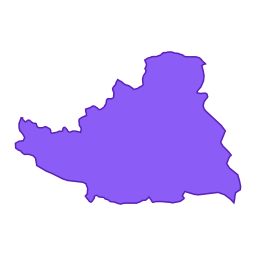 Južno-Backi, Albers equal-area conic projection
{"feature_id": "SRB-1059", "entity_name": "Južno-Backi", "entity_type": "District", "adm_level": 1, "iso_a3": "SRB", "parent_name": "Republic of Serbia", "parent_adm1": "", "projection": "albers", "projection_center": [19.57, 45.457], "detail": "fine", "context": "isolated", "style": "filled", "palette": "violet", "viewbox_px": 256, "rotation_deg": 0, "n_neighbors": 0, "source": "natural_earth", "source_scale": "10m", "svg_char_len": 5433}
<svg xmlns="http://www.w3.org/2000/svg" viewBox="0 0 256 256"><path d="M19.9,130.8L19.1,128.0L19.0,123.6L21.2,117.7L22.6,117.9L22.6,118.2L22.6,118.7L22.6,119.1L22.8,119.6L23.8,120.5L24.6,121.3L25.0,121.7L25.3,121.8L25.7,121.8L26.1,121.6L27.3,120.5L27.7,120.3L28.1,120.2L28.6,120.1L29.1,120.2L29.5,120.3L29.8,120.5L31.3,121.9L32.8,123.0L33.3,123.2L33.8,123.3L35.0,123.3L35.4,123.3L35.7,123.4L36.0,123.6L36.3,123.9L36.4,124.3L36.8,125.9L37.0,126.2L37.2,126.6L37.5,126.9L38.1,127.3L38.4,127.5L39.0,127.7L40.3,127.8L42.2,127.7L42.8,127.6L43.4,127.5L44.5,126.9L45.0,126.7L45.5,126.7L45.8,126.7L46.3,126.9L49.2,128.5L49.9,129.0L50.4,129.6L50.6,130.3L50.7,130.8L50.7,131.5L50.8,131.9L50.9,132.3L51.2,132.9L51.5,133.1L51.8,133.3L52.1,133.3L52.5,133.2L53.4,132.9L54.0,132.8L56.0,132.5L56.6,132.4L57.8,131.9L58.7,131.4L59.1,131.3L59.6,131.2L60.1,131.2L60.8,131.3L61.3,131.3L61.8,131.3L62.1,131.2L62.4,131.0L62.6,130.7L62.7,130.4L62.8,129.2L63.0,128.6L63.2,128.1L63.6,127.7L63.9,127.4L64.4,127.3L64.9,127.4L65.5,127.9L67.1,129.7L67.8,131.0L68.1,131.4L68.6,131.8L69.3,132.1L69.6,132.2L70.1,132.2L70.6,132.0L71.7,131.4L72.3,131.2L72.9,131.1L74.2,131.1L75.6,131.2L76.3,131.3L77.4,131.5L80.5,132.4L80.6,131.7L81.1,130.1L81.2,129.6L81.2,129.0L81.1,128.5L80.8,127.7L80.6,127.2L79.6,125.8L79.4,125.3L79.3,124.8L79.3,123.6L79.3,123.1L79.0,121.8L79.0,121.2L79.0,120.1L79.1,119.7L79.3,119.2L79.5,119.0L81.6,117.6L84.5,116.2L85.5,115.9L86.4,115.8L86.3,113.1L86.2,112.6L85.9,112.0L85.8,111.8L85.6,109.2L88.5,108.2L90.0,107.8L90.4,107.6L90.8,107.3L91.9,106.5L92.5,106.2L93.2,106.0L93.7,106.0L94.0,106.1L94.8,106.4L96.9,107.8L97.3,108.0L98.4,109.1L98.7,109.3L99.1,109.5L99.5,109.6L100.0,109.6L100.3,109.5L101.1,109.2L102.9,108.0L103.8,107.3L104.1,107.1L104.3,106.7L104.9,105.5L105.8,104.2L106.0,103.8L106.1,103.4L106.2,102.9L106.4,101.2L106.5,100.6L106.7,99.9L107.0,99.5L107.3,99.1L107.8,98.8L108.1,98.7L108.5,98.6L110.2,98.8L111.3,98.7L112.5,98.3L112.8,98.2L113.1,98.0L113.4,97.6L113.6,97.1L113.6,96.5L113.8,94.4L113.9,93.0L113.9,92.5L113.8,92.2L113.2,91.2L112.8,89.8L112.7,89.5L112.6,89.0L112.7,88.5L112.9,88.0L113.6,86.7L114.0,86.2L115.3,85.0L115.5,84.6L115.7,84.2L116.1,82.5L117.7,79.6L119.9,80.9L121.3,81.6L122.2,82.3L123.7,83.6L124.2,84.0L124.9,84.4L125.6,84.8L127.2,85.2L128.4,85.6L128.9,85.8L129.6,86.2L130.2,86.6L132.6,88.3L133.9,89.4L136.4,88.8L137.4,88.5L137.8,88.3L138.2,88.1L139.1,87.4L139.5,87.2L140.7,86.6L141.8,86.0L142.5,85.5L142.7,85.2L142.9,84.9L143.1,84.5L143.1,84.0L143.1,83.4L143.0,82.9L142.8,82.2L142.7,80.9L142.6,79.5L142.7,78.8L142.8,78.2L143.3,76.4L143.8,75.2L144.5,74.2L145.4,72.8L145.7,72.2L145.8,71.5L146.0,70.0L145.5,69.6L145.2,69.2L145.1,68.8L145.0,68.4L145.2,68.0L145.8,67.0L146.3,65.8L146.4,65.1L146.4,64.3L146.3,63.6L145.6,62.2L144.8,60.1L147.7,58.2L148.6,57.9L150.2,57.5L151.6,56.8L152.2,56.7L152.8,56.6L155.3,56.6L156.5,56.5L157.1,56.4L158.5,55.7L160.3,55.2L160.8,54.9L162.4,53.3L163.0,52.9L163.2,52.7L165.6,52.6L166.3,52.5L167.4,52.2L168.6,52.0L170.6,52.0L171.8,52.1L172.4,52.2L174.3,53.0L174.9,53.1L177.5,53.3L178.1,53.4L180.0,54.2L181.6,54.6L182.4,54.9L184.4,56.3L185.2,56.6L185.8,56.7L187.1,56.8L195.2,56.8L196.5,57.0L198.2,57.4L198.7,57.6L199.4,57.9L200.2,58.4L200.6,58.8L201.3,59.5L202.2,60.7L202.9,61.5L203.8,62.3L204.9,63.2L205.2,63.5L205.5,63.9L203.7,64.4L201.8,65.6L203.2,70.9L204.0,75.8L203.5,80.9L200.9,86.9L197.3,91.2L197.1,92.8L200.3,93.5L205.2,93.1L206.9,94.0L207.7,96.7L207.0,98.0L205.5,99.7L203.9,102.2L203.2,105.7L203.9,108.5L205.6,110.9L221.3,125.5L225.3,130.9L220.7,142.3L222.8,146.0L228.5,151.7L231.2,155.2L229.5,156.8L228.4,159.1L227.6,161.5L226.6,163.4L229.4,168.0L237.7,174.7L239.4,180.5L240.6,186.5L240.3,189.7L235.7,192.6L234.9,196.0L234.5,199.8L233.9,202.8L230.4,199.1L224.5,194.7L218.2,192.4L198.1,194.8L194.3,194.3L184.7,191.5L182.8,195.1L182.6,195.4L182.5,195.6L182.5,196.0L182.7,196.3L183.0,196.7L183.7,197.5L184.0,197.8L184.1,198.2L184.0,198.4L183.9,198.7L183.5,199.0L182.7,199.6L181.2,200.7L180.7,201.0L180.1,201.3L179.5,201.5L177.3,201.9L176.5,202.1L175.4,202.3L172.5,202.8L171.4,202.7L171.1,202.6L170.3,202.3L170.1,202.2L167.7,202.1L165.0,201.9L164.7,201.8L164.0,201.7L162.5,201.6L159.6,201.5L156.9,201.6L155.6,201.6L154.9,201.8L153.4,202.3L153.1,202.3L152.8,202.2L152.5,202.1L152.2,201.8L150.8,199.5L149.0,197.1L147.4,198.7L146.5,199.5L146.1,199.8L145.6,200.1L145.1,200.2L142.8,200.4L142.3,200.5L141.9,200.7L141.0,201.3L139.8,201.9L136.6,203.1L126.8,203.1L124.7,203.1L124.0,203.1L123.4,203.3L121.0,204.0L120.5,204.0L120.0,203.9L118.2,203.5L115.8,202.6L114.0,202.0L113.4,201.9L111.4,201.7L110.7,201.6L110.3,201.5L109.6,201.1L108.4,200.0L108.1,199.8L107.7,199.6L107.1,199.5L106.0,199.2L105.6,199.1L105.2,198.9L104.8,198.5L104.0,197.5L103.8,197.4L99.9,197.0L99.2,196.9L98.8,196.8L98.4,196.6L97.6,195.7L97.2,195.5L96.8,195.4L96.6,195.4L96.0,195.5L95.1,195.9L94.7,196.1L94.4,196.4L94.2,196.8L94.2,197.2L94.3,197.7L94.4,197.9L92.5,200.7L92.2,201.1L91.8,201.6L91.5,201.8L91.4,201.9L91.3,202.0L91.2,202.0L90.9,202.1L90.7,202.1L90.3,201.9L89.4,201.4L89.2,201.2L88.7,200.4L88.5,200.1L88.4,200.0L88.2,199.8L87.8,199.4L87.5,199.1L86.3,197.4L85.3,196.0L87.2,194.1L87.7,188.5L85.9,183.7L82.7,182.2L67.8,180.5L62.8,178.9L52.3,173.6L45.9,170.9L36.8,165.5L35.9,160.4L35.5,158.2L33.3,155.8L30.6,154.8L28.3,154.3L24.4,154.4L21.8,152.4L20.7,150.9L18.8,150.3L18.7,150.2L15.7,148.1L15.4,143.3L19.0,141.3L23.3,140.7L24.7,137.4L22.3,133.3L19.9,130.8Z" fill="#8b5cf6" stroke="#5b21b6" stroke-width="1.5"/></svg>